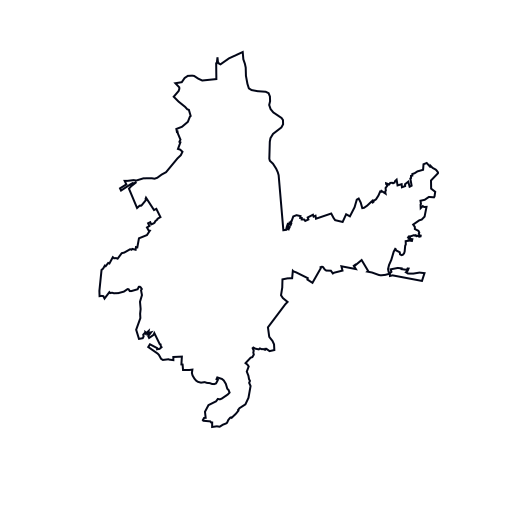 Targu Mures, Mures, Romania, rotated 120°
{"feature_id": "2599482B75389931397791", "entity_name": "Targu Mures", "entity_type": "district", "adm_level": 2, "iso_a3": "ROU", "parent_name": "Romania", "parent_adm1": "Mures", "projection": "equal_earth", "projection_center": [24.558, 46.548], "detail": "fine", "context": "isolated", "style": "outline", "palette": "ink", "viewbox_px": 512, "rotation_deg": 120, "n_neighbors": 0, "source": "geoboundaries", "source_scale": "gbopen_adm2", "svg_char_len": 6149}
<svg xmlns="http://www.w3.org/2000/svg" viewBox="0 0 512 512"><g transform="rotate(120 256 256)"><path d="M383.8,313.0L381.9,313.1L380.5,314.3L378.2,313.8L378.4,313.0L377.2,313.8L377.4,312.4L374.6,311.5L376.8,310.7L377.8,311.0L377.9,310.5L375.5,309.6L374.6,308.7L379.2,309.3L380.4,307.6L375.6,305.3L373.6,305.5L380.4,295.4L380.3,294.4L381.4,293.7L382.2,292.2L384.7,293.1L386.2,295.0L385.2,295.5L385.5,303.7L388.7,303.8L389.7,292.3L390.2,290.6L392.5,286.8L392.6,284.7L389.2,280.2L389.1,279.3L387.5,275.5L384.8,277.1L380.2,269.9L387.2,266.4L386.7,265.3L391.2,262.2L388.1,256.8L386.2,254.3L389.4,253.0L391.2,251.2L393.0,248.0L393.9,245.4L394.0,243.4L393.2,240.3L390.9,237.4L390.4,235.0L389.2,232.5L388.8,230.0L387.7,228.0L386.3,226.9L383.1,227.0L382.3,227.1L382.4,228.6L380.5,228.8L379.5,224.0L379.9,221.7L381.8,218.2L385.3,214.5L385.8,212.7L387.5,210.6L390.0,211.2L396.7,214.4L398.2,215.6L398.9,217.6L401.8,217.9L408.9,222.6L416.4,222.3L421.3,218.7L422.2,220.0L424.7,220.0L425.0,219.2L422.1,212.9L422.6,211.6L422.1,210.7L426.0,208.5L423.1,204.8L422.0,202.1L418.6,200.3L416.0,198.2L414.9,197.7L411.8,198.0L409.0,197.5L408.2,196.9L408.3,196.2L402.5,194.5L398.7,193.9L398.3,194.5L396.0,194.2L389.8,191.0L382.6,191.6L371.3,195.7L369.3,198.5L367.2,198.8L366.1,200.5L363.5,202.7L360.7,206.2L355.3,207.1L354.4,209.0L354.0,211.5L346.7,209.8L345.4,208.6L342.5,208.6L340.9,210.1L339.2,210.6L337.5,212.8L336.6,212.5L336.6,210.3L335.5,206.9L334.1,206.4L333.9,204.6L332.9,202.9L332.7,201.2L332.0,200.9L331.6,201.3L331.2,200.7L331.6,196.7L328.3,193.1L323.5,196.2L321.3,199.3L319.5,203.9L318.9,204.5L311.8,210.0L283.2,206.5L280.0,205.7L279.0,211.7L277.5,214.7L270.2,217.5L263.0,221.4L259.5,217.4L257.2,213.6L250.4,216.7L250.6,215.9L250.1,213.0L249.3,200.1L250.7,199.7L251.0,193.7L234.2,193.8L233.4,194.5L232.3,193.5L232.1,192.3L233.3,189.8L233.5,187.9L231.3,183.8L232.7,180.7L231.5,180.1L225.4,173.8L222.2,176.9L217.4,163.0L215.6,166.4L213.8,165.6L214.0,165.2L206.7,162.5L212.9,151.4L213.8,151.7L212.3,147.3L211.0,140.1L210.3,138.2L207.7,134.6L205.3,132.2L204.0,131.5L206.3,130.0L204.5,128.1L194.6,99.8L186.6,101.5L188.6,106.1L192.7,111.1L195.2,115.6L195.1,118.0L193.1,117.3L190.6,117.6L191.0,118.5L192.6,118.5L194.6,123.4L193.9,123.7L195.5,127.3L200.2,132.7L202.0,130.8L203.8,131.4L203.5,133.2L201.3,135.1L197.2,136.3L191.7,136.9L183.4,138.9L180.2,139.0L180.2,138.5L181.1,137.5L180.9,133.4L182.5,132.1L182.5,130.4L181.6,129.5L179.7,129.1L177.8,129.5L172.6,131.9L171.0,132.1L168.3,133.8L165.8,130.6L165.0,128.5L163.3,129.0L164.5,132.2L163.5,132.1L163.8,133.5L162.7,133.5L161.5,131.8L159.1,129.7L158.9,128.5L158.3,128.4L158.1,127.4L158.5,126.9L157.7,126.2L157.7,124.3L156.7,123.3L156.2,123.5L156.5,123.9L155.4,126.1L154.1,126.3L153.0,127.9L153.2,131.9L151.4,133.0L150.2,135.6L143.4,132.4L141.6,130.7L137.6,129.7L128.2,132.9L129.5,134.9L129.4,136.5L132.2,137.3L129.2,139.2L128.4,139.2L125.9,141.2L123.0,138.0L118.4,135.8L116.2,131.2L115.1,131.2L110.8,132.9L110.1,138.0L103.1,142.2L93.4,139.8L92.6,140.2L91.6,142.5L91.3,143.7L91.4,147.1L90.8,149.3L91.2,149.0L91.7,149.7L90.1,154.7L92.8,156.8L97.8,154.4L102.0,158.5L105.0,160.0L106.8,161.6L108.2,160.8L109.1,161.8L111.0,160.7L111.7,161.1L117.3,156.4L118.8,157.3L119.2,157.6L115.5,161.3L119.3,162.8L120.9,161.8L123.5,164.0L121.0,165.8L124.1,168.7L119.6,172.4L121.6,173.0L123.1,172.7L124.5,173.7L124.5,174.7L125.6,176.3L127.4,176.4L128.0,179.7L128.6,179.3L129.2,177.4L132.3,177.8L134.4,176.3L135.7,176.3L137.2,175.0L136.9,179.9L137.8,179.8L138.0,180.7L142.4,180.2L146.9,180.4L148.9,181.4L149.5,182.7L150.0,182.6L150.5,181.4L151.4,181.7L151.1,183.2L156.8,184.9L160.2,186.5L161.4,187.9L157.4,192.0L154.9,195.8L156.8,196.9L164.5,195.0L174.7,194.5L174.8,198.8L183.2,198.0L185.4,205.4L184.3,207.8L181.6,212.1L193.7,222.7L191.4,224.6L193.1,225.8L191.8,227.3L196.8,230.5L198.2,228.9L201.0,230.9L200.3,232.5L201.5,234.7L200.2,235.4L200.9,236.8L199.2,237.4L200.4,241.3L203.1,243.5L208.6,242.5L208.7,242.9L209.8,242.7L210.2,243.7L210.8,243.6L210.4,241.7L211.8,241.5L212.3,244.5L214.4,244.1L214.1,243.2L214.5,243.1L214.1,241.3L215.3,241.2L216.0,243.7L216.7,243.5L216.1,241.3L216.7,241.1L217.4,243.3L218.3,243.0L220.0,245.2L174.7,276.8L172.6,279.0L170.3,282.2L167.6,287.4L166.6,291.6L165.1,293.1L150.1,301.2L146.7,302.4L141.7,302.3L132.0,298.3L128.4,298.4L124.8,300.6L123.7,302.9L123.0,312.8L121.5,316.8L118.6,320.1L114.9,321.2L110.9,323.7L108.7,326.5L108.9,329.7L112.5,337.1L114.5,342.8L114.4,346.0L111.2,349.5L105.0,354.8L98.0,359.1L95.1,361.7L92.0,365.3L86.0,369.5L98.3,378.2L107.8,382.6L107.9,384.2L107.0,386.0L103.2,388.7L108.7,386.3L109.1,386.8L122.6,378.8L130.9,390.3L131.3,394.6L131.0,399.6L131.7,401.4L134.1,405.1L137.5,406.8L142.6,407.2L146.7,412.2L148.3,406.8L149.5,406.0L151.8,405.5L159.2,406.9L161.0,400.3L162.3,391.9L163.3,388.9L163.0,387.2L167.4,382.6L168.5,382.9L173.9,382.1L181.1,384.7L185.8,388.5L188.0,386.6L187.5,386.2L188.9,385.0L193.0,379.6L195.2,379.5L195.5,379.3L195.4,378.3L202.3,377.1L201.8,374.8L202.5,371.8L206.3,371.5L210.7,372.8L228.4,375.8L232.6,378.4L237.6,380.6L239.8,382.5L240.8,385.2L245.0,392.3L250.5,397.4L251.5,400.0L255.3,405.0L256.6,407.3L258.8,404.1L265.4,407.6L266.8,405.6L256.6,400.5L254.8,399.4L255.4,399.0L255.2,398.8L251.8,396.5L258.0,399.0L261.2,399.7L273.9,383.0L270.8,382.0L270.2,381.6L270.1,380.8L269.3,380.4L262.6,379.3L261.8,379.5L261.7,380.2L260.5,380.4L267.2,367.3L265.0,365.9L270.1,358.2L273.0,359.9L273.8,359.7L276.1,360.6L277.9,360.5L279.0,361.0L281.0,362.5L279.6,364.5L281.6,365.8L283.3,363.3L285.8,364.7L287.6,361.7L287.2,360.6L292.4,360.9L299.2,366.2L307.9,363.1L308.3,364.4L310.8,363.4L311.7,366.7L312.8,366.9L313.1,368.4L318.9,371.8L320.7,373.7L327.5,374.5L327.8,376.2L328.9,377.7L328.6,379.4L335.8,379.2L335.9,380.5L340.0,381.1L339.9,382.1L343.3,382.1L345.3,382.8L364.5,374.2L369.0,371.4L367.7,369.7L367.1,368.1L368.6,365.9L360.6,364.9L361.0,363.7L359.8,362.3L359.3,360.4L357.0,356.7L352.9,352.6L348.9,350.7L348.5,349.7L349.5,347.8L348.7,346.4L344.0,341.9L341.3,342.1L340.7,341.2L340.8,340.2L341.7,338.4L343.2,338.4L346.9,335.2L353.6,333.6L359.6,329.4L363.9,327.5L367.6,325.1L379.8,322.9L386.3,315.9L383.8,313.0Z" fill="none" stroke="#020617" stroke-width="2"/></g></svg>